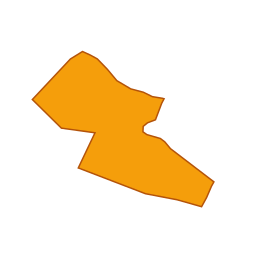 outline of General Santos, rotated 291°
{"feature_id": "PHL-5529", "entity_name": "General Santos", "entity_type": "Highly Urbanized City", "adm_level": 1, "iso_a3": "PHL", "parent_name": "Philippines", "parent_adm1": "", "projection": "natural_earth1", "projection_center": [125.172, 6.137], "detail": "fine", "context": "isolated", "style": "filled", "palette": "amber", "viewbox_px": 256, "rotation_deg": 291, "n_neighbors": 0, "source": "natural_earth", "source_scale": "10m", "svg_char_len": 529}
<svg xmlns="http://www.w3.org/2000/svg" viewBox="0 0 256 256"><g transform="rotate(291 128 128)"><path d="M168.2,151.2L163.2,150.6L145.5,150.7L139.9,144.4L135.0,141.6L129.8,143.3L128.6,148.0L129.8,162.0L128.2,167.4L123.9,175.1L108.5,227.5L103.6,226.8L91.3,226.3L80.9,224.9L78.6,199.6L72.9,167.8L72.9,95.9L111.7,98.9L104.0,65.9L120.3,28.5L171.8,49.5L183.1,58.1L182.6,66.5L181.5,74.6L175.5,87.5L168.2,100.6L165.5,116.5L166.9,129.5L166.0,139.5L168.1,149.6L168.2,151.2Z" fill="#f59e0b" stroke="#b45309" stroke-width="1.5"/></g></svg>